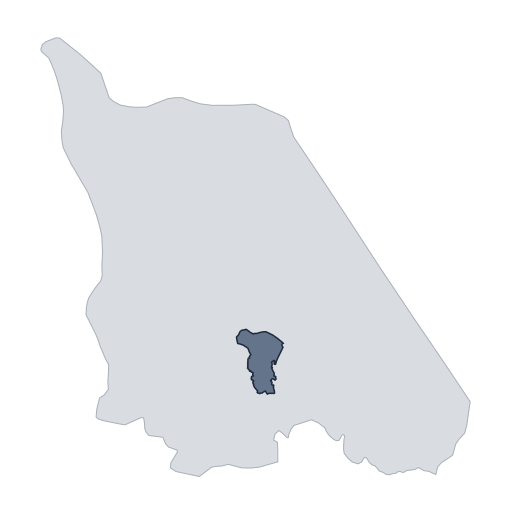 Al Makhrim, Homs (Hims), Syria shown in context, rotated 269°
{"feature_id": "27442178B17685723948764", "entity_name": "Al Makhrim", "entity_type": "district", "adm_level": 2, "iso_a3": "SYR", "parent_name": "Syria", "parent_adm1": "Homs (Hims)", "projection": "albers", "projection_center": [37.338, 34.825], "detail": "fine", "context": "in_parent", "style": "filled", "palette": "slate", "viewbox_px": 512, "rotation_deg": 269, "n_neighbors": 0, "source": "geoboundaries", "source_scale": "gbopen_adm2", "svg_char_len": 6191}
<svg xmlns="http://www.w3.org/2000/svg" viewBox="0 0 512 512"><g transform="rotate(269 256 256)"><path d="M45.6,166.7L50.7,167.3L61.4,174.0L63.2,173.8L66.5,165.2L69.7,162.3L76.4,159.8L78.4,145.8L81.6,143.2L85.3,141.8L91.1,141.6L96.1,140.8L96.4,138.3L89.5,122.1L90.2,118.0L93.7,101.8L95.8,95.4L97.9,93.3L105.8,94.2L116.8,97.1L119.7,101.8L125.1,106.0L133.2,105.7L142.6,106.5L149.9,106.8L155.7,103.8L168.9,98.4L175.4,96.5L181.3,94.1L200.3,85.0L207.9,85.6L213.2,86.7L217.2,88.1L226.2,94.1L233.7,100.2L238.9,101.9L248.3,101.7L261.8,102.6L278.4,102.2L288.1,100.3L300.4,97.0L322.3,89.1L350.8,73.1L367.6,65.1L374.9,64.0L384.4,63.6L394.0,65.2L404.9,66.1L409.9,65.8L421.5,63.8L436.6,60.1L446.0,57.1L457.3,52.5L464.1,45.2L466.4,44.4L469.4,45.5L470.9,45.9L474.0,49.7L477.6,59.6L477.6,60.7L477.2,63.6L470.1,72.3L460.4,84.0L453.4,91.5L441.5,104.0L432.3,107.0L416.9,111.9L412.9,116.3L409.2,123.2L407.3,132.6L406.8,138.4L406.8,149.2L411.0,160.2L414.9,170.9L415.7,178.0L415.6,185.0L412.5,192.6L409.1,203.0L407.4,214.7L407.1,236.5L407.8,255.0L407.6,258.1L401.5,271.4L394.4,287.0L391.0,290.6L374.2,295.8L356.1,307.6L335.8,320.7L317.3,332.5L297.7,344.9L277.4,357.7L262.9,366.8L243.4,379.0L225.5,390.5L207.4,402.2L193.6,411.0L172.5,424.9L160.1,433.0L141.9,444.9L125.7,455.3L106.6,467.6L82.7,463.7L75.2,461.5L69.0,455.6L64.5,452.4L53.3,449.1L46.2,437.9L41.9,433.9L34.4,432.0L37.7,425.0L38.4,420.3L41.7,414.7L39.7,410.9L38.9,402.9L37.5,400.9L37.0,398.8L38.1,396.3L37.7,393.7L36.5,392.5L35.9,388.6L34.9,385.6L35.5,382.1L37.2,379.8L39.0,375.3L41.0,374.0L44.2,371.2L45.1,368.3L48.0,365.5L51.8,363.2L52.7,361.4L52.1,360.3L48.3,358.1L46.4,354.4L48.2,349.0L49.5,347.3L51.8,344.8L56.9,340.8L60.9,340.2L64.4,340.3L70.2,340.7L74.7,341.4L75.8,340.4L75.7,339.1L70.2,335.8L69.9,333.2L71.3,330.4L75.3,326.0L80.0,322.9L82.4,322.3L87.8,315.9L91.3,308.7L85.9,291.0L82.6,288.2L77.2,285.7L74.0,285.3L73.7,284.1L78.1,279.7L81.1,275.9L77.8,272.1L71.8,270.3L69.5,274.1L61.8,274.4L49.8,274.2L44.8,255.5L44.1,247.5L44.4,238.1L48.2,224.5L46.6,218.2L46.5,213.9L45.7,208.1L36.5,195.4L41.9,172.3L45.6,166.7Z" fill="#d9dde1" stroke="#a8b0b8" stroke-width="1"/><path d="M168.2,281.7L169.1,280.9L169.8,280.1L170.1,279.8L170.8,278.9L172.7,276.7L173.3,275.9L173.8,275.4L174.3,274.6L175.1,273.5L176.3,271.9L176.4,271.7L176.9,270.9L177.7,269.3L178.1,268.6L179.1,266.6L179.3,266.2L180.1,264.6L180.1,263.7L180.0,261.5L179.5,258.9L179.3,257.8L178.8,256.4L178.6,255.8L178.5,255.6L178.6,254.8L178.6,254.1L178.5,252.7L178.3,252.3L178.2,252.1L178.1,251.6L178.9,250.6L179.6,249.2L179.9,248.7L180.6,247.9L181.0,247.6L181.1,247.3L181.3,247.0L182.4,245.5L182.6,245.2L182.9,244.7L182.4,243.4L182.3,242.1L182.0,240.5L181.8,240.2L180.8,238.8L179.5,238.1L179.2,238.0L178.5,237.8L177.5,237.1L176.9,236.6L176.3,236.1L176.1,235.8L175.7,235.4L175.3,235.1L174.0,235.2L173.9,235.2L173.7,235.2L172.9,235.4L172.6,235.5L172.3,235.5L172.0,235.5L171.9,235.5L171.5,235.6L171.4,235.6L171.2,235.6L170.9,235.7L170.7,235.8L170.2,235.9L169.7,236.0L169.3,236.1L169.2,236.1L168.9,236.2L168.5,237.5L168.2,238.8L167.9,239.5L167.3,241.3L166.8,242.1L164.0,246.3L160.6,247.5L160.1,247.7L157.4,249.1L156.4,248.3L155.9,247.7L155.6,247.7L155.4,247.7L154.8,247.8L154.7,247.8L154.3,247.8L154.2,247.6L154.1,247.4L154.0,247.1L154.1,246.9L153.9,246.6L153.7,246.4L152.6,246.2L152.4,246.1L152.1,246.1L151.9,246.1L151.4,246.1L150.8,246.0L150.3,246.0L150.2,246.0L149.8,246.1L149.7,246.0L149.4,245.9L149.1,245.9L148.9,245.8L148.7,245.8L148.4,246.0L148.1,246.1L147.9,246.1L147.7,246.0L147.3,245.9L147.1,245.8L146.9,245.7L146.7,245.7L146.4,246.0L145.9,245.9L145.6,245.9L144.9,245.9L144.7,245.8L144.5,245.7L144.5,245.8L144.4,245.8L144.1,245.8L143.5,246.0L143.3,246.1L143.2,246.2L143.0,246.4L142.6,247.0L142.4,247.2L142.2,247.2L141.9,247.3L141.7,247.3L141.4,247.4L141.1,247.5L140.9,247.8L140.9,248.1L140.9,248.3L141.0,248.5L141.2,248.8L140.9,249.0L140.7,249.0L140.4,249.1L140.2,249.1L139.8,250.0L139.8,250.4L139.5,251.0L138.6,250.8L138.4,250.7L137.7,250.6L136.2,251.2L136.1,250.9L136.0,250.6L136.0,250.3L135.9,250.2L135.8,249.9L135.7,249.8L135.5,249.6L135.4,249.5L135.3,249.4L135.2,249.3L134.9,249.2L134.4,249.5L134.2,249.5L133.2,249.0L132.9,249.1L132.7,249.3L132.5,249.5L132.3,249.5L132.2,249.6L132.0,250.5L131.0,251.5L130.9,251.5L130.7,251.4L130.5,251.2L130.4,250.9L130.3,250.7L130.2,250.7L129.9,250.7L129.6,250.7L129.4,250.7L129.1,250.7L128.9,250.8L128.7,250.8L128.3,251.0L128.2,251.0L127.9,251.2L127.8,251.5L127.1,251.3L126.4,251.4L125.7,251.7L125.5,251.8L124.2,252.6L123.1,253.5L122.2,254.2L121.8,254.5L121.2,255.1L119.8,255.2L119.7,254.9L119.5,255.1L119.0,255.3L118.8,256.0L118.8,256.6L118.3,257.3L118.5,257.7L118.7,258.2L119.0,258.6L118.9,259.3L118.9,259.9L119.8,260.9L120.5,262.3L120.8,263.0L118.0,264.6L117.7,265.0L118.1,265.7L118.4,266.4L118.4,267.0L118.5,268.2L118.3,269.1L118.5,270.0L118.4,270.6L118.2,271.1L118.2,271.6L118.5,272.0L119.2,272.2L119.7,272.2L120.3,272.0L120.5,271.9L121.3,271.9L122.0,271.7L122.6,271.4L123.2,271.2L123.5,271.3L124.1,271.4L124.4,271.2L125.0,271.2L125.5,271.0L125.9,271.4L126.4,271.5L126.7,271.3L126.7,270.2L127.0,269.7L127.4,269.6L127.8,269.4L128.8,269.8L129.4,269.7L129.6,269.6L130.1,269.5L130.4,269.3L130.5,268.8L130.6,268.6L130.8,268.4L131.3,268.7L131.4,268.9L131.7,269.2L132.2,269.2L132.6,269.7L133.0,270.1L132.9,270.6L132.6,271.3L132.4,271.7L131.8,272.4L131.6,272.9L131.8,273.1L132.2,273.3L132.4,273.7L132.9,273.9L133.3,273.8L133.5,273.6L134.1,273.5L134.6,273.6L135.1,273.6L135.4,273.2L135.3,272.8L135.4,272.4L135.9,271.7L136.4,271.9L137.5,272.2L137.8,272.2L138.1,272.1L138.4,272.1L139.0,272.0L139.4,271.8L139.9,271.4L140.3,271.2L141.0,270.9L141.9,270.5L142.1,270.4L142.7,270.2L143.1,269.9L143.5,269.8L143.9,269.9L143.9,270.2L144.0,270.4L144.3,270.4L144.5,270.2L144.8,269.9L144.9,269.6L145.5,269.7L146.2,270.0L146.8,270.1L147.1,270.3L147.9,270.2L148.8,270.1L149.5,269.7L150.1,270.4L150.8,271.5L151.3,272.2L150.7,272.9L150.3,273.0L149.1,272.2L148.7,272.4L148.0,272.2L147.5,272.5L147.3,273.3L147.6,273.7L148.1,273.9L148.9,274.1L149.8,274.3L150.3,274.5L151.2,274.9L151.7,275.1L153.9,276.1L157.2,277.8L157.6,278.0L158.9,278.7L160.3,279.4L164.3,281.4L165.7,280.5L166.9,280.3L167.8,280.8L168.2,281.7Z" fill="#64748b" stroke="#1e293b" stroke-width="1.5"/></g></svg>